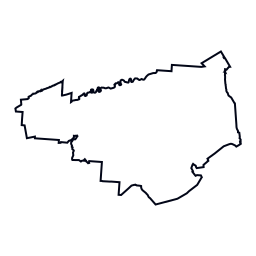 outline of Ances pag., Ventspils, Latvia
{"feature_id": "27541924B94862337906440", "entity_name": "Ances pag.", "entity_type": "district", "adm_level": 2, "iso_a3": "LVA", "parent_name": "Latvia", "parent_adm1": "Ventspils", "projection": "mercator", "projection_center": [21.993, 57.524], "detail": "fine", "context": "isolated", "style": "outline", "palette": "ink", "viewbox_px": 256, "rotation_deg": 0, "n_neighbors": 0, "source": "geoboundaries", "source_scale": "gbopen_adm2", "svg_char_len": 5373}
<svg xmlns="http://www.w3.org/2000/svg" viewBox="0 0 256 256"><path d="M220.9,51.5L201.6,63.2L204.6,66.4L201.4,66.9L171.9,64.9L171.5,71.2L157.0,70.2L156.9,70.5L156.8,71.4L156.7,71.8L156.3,72.4L155.6,73.0L153.1,73.1L148.5,74.5L146.8,76.0L145.8,77.2L145.2,78.2L144.3,79.4L144.0,79.6L143.2,79.7L141.6,79.0L139.9,79.9L139.4,80.0L138.9,79.8L137.2,78.5L135.1,78.4L134.6,78.9L133.5,80.3L132.9,81.6L132.3,81.9L131.6,82.0L131.4,81.9L131.1,81.5L131.1,80.9L131.1,79.8L130.9,79.0L130.6,78.7L130.1,78.7L129.6,79.0L129.2,79.8L129.0,80.3L128.7,82.0L128.5,82.4L128.2,82.6L126.6,82.3L125.9,82.0L125.2,82.0L124.5,81.5L124.0,80.7L123.5,80.3L122.3,79.8L121.7,79.8L120.7,80.4L120.5,80.9L120.5,82.4L120.6,83.5L120.8,83.8L121.1,84.1L121.2,84.4L121.1,84.7L120.4,85.1L119.8,85.2L119.2,84.8L119.1,84.6L119.3,83.1L119.2,82.8L118.8,82.3L118.2,82.2L117.1,83.2L116.4,83.4L115.9,83.3L115.7,83.3L115.4,83.6L115.3,84.0L115.2,84.2L114.7,84.3L114.4,84.8L114.9,85.4L114.8,86.4L114.9,86.7L114.5,87.3L113.6,87.8L110.7,88.6L109.2,87.8L108.5,87.5L108.0,87.6L106.7,88.1L105.8,88.3L104.9,88.2L104.0,87.8L103.5,87.7L101.5,87.6L100.5,88.3L100.3,88.8L100.4,89.7L100.9,90.1L100.9,90.7L100.7,91.0L100.3,91.5L99.4,91.9L98.7,91.7L98.4,91.3L98.3,91.0L98.5,90.5L98.7,90.0L99.5,89.3L99.6,88.5L99.6,88.2L99.4,87.8L99.0,87.5L98.8,87.4L98.3,87.4L97.8,87.8L97.7,88.2L97.6,88.9L97.4,89.2L97.0,89.6L97.0,89.9L97.1,90.3L97.0,90.5L96.3,91.0L95.9,92.1L95.6,92.4L95.0,92.7L94.2,92.6L93.6,92.3L93.5,92.0L93.4,90.8L93.2,89.9L93.0,89.6L92.2,89.4L91.4,89.5L91.0,89.8L90.9,90.3L90.9,90.7L91.2,91.1L91.8,91.3L92.3,91.7L92.5,92.2L92.4,92.5L92.0,92.7L91.7,92.7L91.0,92.5L90.4,92.1L89.8,92.0L88.6,92.7L87.7,92.7L87.4,92.9L87.2,93.2L86.8,94.5L86.7,95.1L86.6,95.4L85.5,96.0L85.1,95.9L84.8,95.7L84.8,95.2L84.9,94.6L84.6,93.6L84.3,93.4L83.9,93.5L83.5,93.7L82.6,94.9L82.1,95.2L81.5,95.3L80.6,96.1L79.0,96.9L79.0,97.1L78.9,97.9L79.2,98.3L79.3,98.8L79.3,99.0L79.0,99.3L77.4,99.9L75.7,100.0L74.5,100.3L72.7,100.6L72.1,100.9L71.6,101.7L71.0,102.1L71.6,92.9L66.4,94.6L62.0,95.6L61.9,95.4L62.3,89.3L62.2,89.4L62.3,88.2L62.7,81.3L62.8,80.8L61.5,81.9L60.9,81.9L60.8,82.2L60.6,82.1L60.5,82.3L60.1,82.4L59.8,82.6L59.5,82.7L57.8,83.4L56.0,84.4L55.4,84.5L55.1,84.7L55.1,84.9L54.4,85.0L54.2,85.4L54.0,85.5L53.6,85.6L53.0,85.6L52.7,85.8L52.1,86.0L51.9,86.3L51.2,86.7L50.5,86.8L50.4,87.0L50.0,87.2L49.7,87.0L49.3,87.4L48.8,87.5L48.5,87.7L47.1,88.2L46.8,88.2L46.2,88.6L43.8,89.3L43.3,89.6L43.1,89.6L43.0,89.8L42.0,90.2L41.9,90.7L41.8,90.9L41.4,90.9L41.3,90.7L41.2,91.0L40.6,91.2L40.3,91.1L40.2,90.9L40.1,91.0L40.0,91.3L39.2,91.2L38.7,91.5L38.4,91.4L38.3,91.5L38.1,91.5L38.2,91.8L37.9,92.0L37.6,92.2L36.9,92.2L36.9,92.4L36.5,92.8L36.3,92.8L35.6,93.4L34.1,93.7L33.2,93.7L33.1,94.0L31.8,94.7L31.0,95.7L30.2,96.1L29.7,96.2L28.6,96.8L28.5,97.0L28.8,98.0L28.7,98.2L28.2,98.7L27.4,99.1L20.9,99.7L21.3,104.5L21.2,104.8L16.6,107.5L15.4,108.5L15.9,111.5L22.6,112.0L22.1,118.5L21.7,125.1L24.6,125.4L26.9,138.2L34.9,136.6L34.9,138.3L58.9,140.0L58.7,142.9L60.7,142.8L60.8,142.7L61.0,142.1L67.3,142.7L68.8,140.9L71.3,140.0L73.1,138.3L73.9,137.4L73.9,135.8L74.7,135.9L76.3,135.8L76.6,134.9L76.6,135.0L76.9,135.3L77.1,135.9L77.4,136.1L77.4,136.4L77.2,136.6L76.7,137.0L76.2,138.1L75.7,138.8L75.0,139.4L74.1,139.2L72.9,139.8L72.0,141.4L71.4,141.9L71.2,142.2L71.1,143.8L71.3,144.3L72.0,145.7L71.8,146.6L71.8,146.9L72.6,147.4L72.4,148.1L72.3,148.6L72.3,149.1L73.6,150.2L73.8,150.7L73.0,152.6L73.3,155.3L72.1,158.0L72.1,159.3L72.4,160.0L79.0,160.1L80.9,161.5L81.6,160.9L82.8,160.6L84.8,160.8L84.1,159.9L84.8,159.2L85.8,160.6L86.1,160.7L86.4,161.6L87.2,162.2L88.1,163.2L88.8,162.9L89.1,162.9L89.0,162.3L89.2,161.1L101.9,162.0L100.6,180.9L102.1,181.0L102.5,181.2L109.8,181.6L111.5,181.6L119.5,182.2L118.6,194.8L121.1,195.0L128.4,188.5L131.5,185.6L134.4,184.8L134.9,184.9L135.4,184.7L135.7,185.0L136.1,185.0L136.6,185.4L139.6,185.7L141.1,186.0L141.2,187.7L141.6,188.9L142.4,190.1L145.9,193.0L146.6,193.9L147.5,194.7L148.8,197.2L150.1,198.2L155.6,204.5L175.4,199.3L177.5,198.7L186.8,193.3L189.1,191.1L197.2,184.9L201.4,177.8L201.8,177.3L200.9,175.4L197.0,175.1L195.6,175.8L195.3,175.5L192.4,171.8L193.0,171.2L191.3,168.1L192.4,165.1L193.3,164.7L192.9,164.2L193.1,163.9L193.9,164.6L195.7,165.7L196.0,166.9L196.7,168.1L203.6,167.1L203.5,164.9L208.1,161.0L207.9,160.8L208.1,160.5L207.9,160.2L208.1,159.8L207.5,158.7L214.7,153.5L223.7,146.3L229.2,144.2L230.7,143.8L231.8,143.9L233.0,144.4L235.2,145.5L235.7,146.0L236.3,146.6L238.4,145.4L240.6,144.0L240.6,143.4L240.4,143.4L240.4,143.2L240.6,143.2L240.5,142.9L240.2,142.7L240.3,142.3L240.1,142.2L240.1,141.7L240.0,141.4L240.5,141.1L240.4,140.8L240.5,140.4L240.6,140.5L240.6,140.3L240.5,139.8L240.6,139.6L240.1,138.8L239.9,138.2L239.6,138.1L239.8,136.7L239.7,135.9L239.3,132.7L238.0,132.3L238.0,131.0L237.7,130.3L237.1,129.3L236.8,128.5L236.5,127.1L236.4,124.8L234.9,103.5L234.7,103.5L231.2,97.5L229.5,96.3L228.5,95.5L227.6,92.8L227.0,92.3L226.3,90.8L226.4,89.8L226.0,88.4L225.8,86.3L225.6,85.1L225.7,84.7L225.4,83.9L225.0,79.3L225.1,78.2L225.1,76.1L224.9,75.1L225.0,74.2L225.0,72.6L225.3,72.7L225.2,72.5L225.3,72.4L225.1,72.1L225.2,71.9L225.0,71.6L224.9,71.6L225.0,71.5L224.9,71.6L224.8,71.4L225.0,71.3L225.0,71.2L224.9,71.0L225.1,70.8L225.2,70.5L225.5,70.3L225.2,70.0L225.3,69.9L225.1,69.7L225.1,69.2L226.7,69.5L228.8,67.0L230.1,66.8L225.1,58.3L224.1,58.2L223.6,57.3L224.2,57.0L220.9,51.5Z" fill="none" stroke="#020617" stroke-width="2"/></svg>